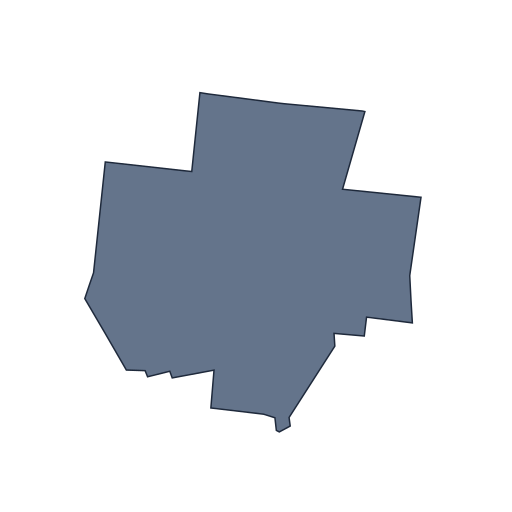 outline of Lamoille, Vermont, United States of America, rotated 249°
{"feature_id": "52423323B54117752265696", "entity_name": "Lamoille", "entity_type": "district", "adm_level": 2, "iso_a3": "USA", "parent_name": "United States of America", "parent_adm1": "Vermont", "projection": "orthographic", "projection_center": [-72.691, 44.6], "detail": "fine", "context": "isolated", "style": "filled", "palette": "slate", "viewbox_px": 512, "rotation_deg": 249, "n_neighbors": 0, "source": "geoboundaries", "source_scale": "gbopen_adm2", "svg_char_len": 592}
<svg xmlns="http://www.w3.org/2000/svg" viewBox="0 0 512 512"><g transform="rotate(249 256 256)"><path d="M298.5,98.3L289.1,90.4L277.6,80.9L238.3,87.4L196.0,94.1L188.7,111.4L182.1,111.5L179.3,134.2L172.2,134.1L164.5,175.9L130.3,159.4L105.6,206.4L98.2,215.7L85.9,212.5L83.4,214.7L85.0,227.0L93.4,229.0L143.6,297.3L155.8,301.1L142.5,328.4L159.3,337.3L137.5,378.0L158.4,384.6L182.6,392.5L251.7,431.1L287.3,360.7L351.8,409.4L353.3,407.1L387.9,337.2L390.6,332.0L424.5,269.3L428.6,262.2L357.9,226.3L361.4,219.4L397.8,149.0L298.5,98.3Z" fill="#64748b" stroke="#1e293b" stroke-width="1.5"/></g></svg>